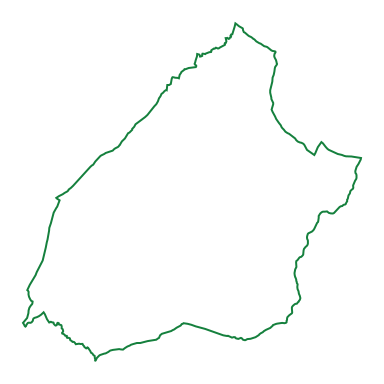 outline of Oicata, Boyacá, Colombia
{"feature_id": "7082276B7935915117339", "entity_name": "Oicata", "entity_type": "district", "adm_level": 2, "iso_a3": "COL", "parent_name": "Colombia", "parent_adm1": "Boyacá", "projection": "orthographic", "projection_center": [-73.281, 5.617], "detail": "fine", "context": "isolated", "style": "outline", "palette": "green", "viewbox_px": 384, "rotation_deg": 0, "n_neighbors": 0, "source": "geoboundaries", "source_scale": "gbopen_adm2", "svg_char_len": 5858}
<svg xmlns="http://www.w3.org/2000/svg" viewBox="0 0 384 384"><path d="M361.0,158.0L351.5,156.5L346.0,156.3L344.3,155.9L341.8,154.9L337.8,154.0L328.7,149.8L327.4,148.8L325.6,146.8L322.9,143.3L321.4,142.1L317.8,147.2L315.3,153.2L314.3,155.0L307.0,149.9L304.4,145.0L303.4,143.8L301.5,142.8L299.7,142.4L297.7,141.5L296.1,140.0L295.2,138.5L289.1,133.8L287.5,133.1L285.4,131.7L283.8,129.6L282.3,128.1L281.5,127.0L280.8,125.3L278.9,122.9L276.2,119.0L275.1,116.5L272.6,111.9L271.6,109.6L273.2,104.2L273.2,102.9L271.4,99.1L271.3,97.5L270.2,92.8L270.2,90.2L272.3,81.7L272.6,77.6L273.7,74.9L274.4,71.5L274.8,68.3L275.2,66.9L276.9,64.5L277.0,63.8L276.7,63.3L276.6,62.4L276.0,60.1L274.6,57.5L274.2,56.0L274.5,54.0L275.5,52.4L275.4,51.6L274.8,51.3L272.8,51.0L271.5,50.5L267.3,47.1L266.3,46.7L264.2,46.2L260.6,43.6L259.5,43.3L256.3,41.4L254.3,39.3L253.3,38.9L252.7,38.2L250.9,36.9L249.2,36.2L248.2,35.5L245.0,32.7L243.8,32.1L243.0,30.0L242.8,28.5L242.5,28.2L239.1,26.3L236.8,24.4L235.4,23.4L234.7,26.5L232.3,34.3L231.3,34.4L230.5,35.6L230.5,36.0L231.0,36.1L231.1,36.3L230.7,37.4L229.3,38.1L229.2,38.3L229.2,38.7L228.6,38.9L227.6,38.4L227.2,37.9L226.5,38.1L225.7,38.1L226.4,41.4L225.8,42.9L225.1,42.9L224.9,43.1L224.7,43.5L225.0,44.7L224.8,44.9L220.1,47.4L218.7,48.4L217.9,48.5L215.9,47.7L214.7,48.7L214.0,48.5L211.4,50.2L211.2,50.6L211.3,51.6L211.1,52.0L209.3,52.2L205.7,53.6L205.2,54.1L204.0,53.8L202.5,53.7L202.2,54.3L202.2,55.9L200.8,56.5L200.0,56.5L199.9,55.6L199.3,54.6L197.2,54.0L197.0,56.3L195.7,60.2L195.1,62.6L194.6,63.9L195.2,64.8L196.2,65.5L196.2,66.5L195.8,67.1L188.7,68.0L186.1,69.0L185.1,69.3L184.6,69.2L184.5,69.6L181.4,72.0L180.9,73.1L179.7,74.8L178.9,78.3L177.8,77.9L175.0,77.7L173.7,77.3L172.5,77.2L172.2,77.6L171.7,78.9L170.8,84.0L169.1,85.0L167.3,85.0L166.7,90.2L166.3,90.0L165.9,90.1L164.5,91.1L163.0,92.8L161.5,93.9L160.4,96.4L159.0,98.3L157.9,101.4L156.3,104.2L154.3,106.3L147.4,115.0L145.1,117.1L135.5,124.3L134.2,126.8L132.2,128.9L132.2,129.8L129.4,132.6L128.1,133.2L124.9,138.5L121.9,141.4L120.2,144.2L120.1,144.7L119.5,145.1L118.7,146.3L117.9,147.0L115.3,148.3L113.7,149.5L113.1,150.3L112.5,150.7L105.6,153.0L104.4,153.9L101.1,155.5L100.3,156.1L95.3,161.5L93.2,164.7L91.7,165.6L90.3,166.9L73.1,185.8L70.9,187.9L68.6,189.6L68.5,190.1L68.1,190.7L67.2,191.5L64.6,192.9L62.8,194.2L59.0,196.1L56.3,197.9L56.7,198.4L59.6,200.3L57.2,206.7L56.4,207.8L53.7,212.6L50.9,223.2L49.3,227.9L49.1,230.6L47.5,239.7L46.8,242.3L45.8,247.5L42.7,260.5L36.7,272.2L35.6,275.1L29.8,284.8L27.3,290.1L28.0,290.7L28.6,291.9L28.5,294.4L29.0,296.7L30.2,299.3L31.2,300.8L32.6,301.5L32.5,302.4L32.3,303.7L31.9,304.4L31.0,305.3L29.4,307.7L28.6,310.4L28.4,313.2L27.1,318.0L23.0,322.9L23.8,324.1L24.8,326.1L25.4,326.6L26.0,326.1L26.5,324.7L27.8,323.0L28.6,322.7L30.6,322.8L31.6,322.3L32.8,320.8L33.1,319.3L33.5,318.5L34.7,317.8L36.8,317.2L38.9,316.2L41.1,314.7L43.6,312.3L44.9,314.3L47.0,319.2L49.2,322.5L49.8,322.4L50.4,321.9L50.9,321.8L51.9,322.3L53.3,322.5L53.5,322.6L53.7,323.7L54.7,324.9L55.4,325.5L55.9,325.5L56.6,325.2L56.9,324.7L57.2,323.5L57.5,322.9L57.9,322.8L58.8,323.3L58.8,324.2L59.0,324.5L61.0,325.0L61.4,325.3L61.7,326.5L61.7,328.4L62.7,329.2L63.1,330.7L63.1,331.6L62.1,332.8L62.2,333.5L63.7,334.1L64.8,335.0L65.3,335.8L66.8,335.9L66.9,336.2L66.8,337.4L67.1,337.8L67.5,337.9L68.7,337.8L69.9,338.4L70.1,339.6L70.4,340.3L71.5,340.8L72.5,341.9L73.2,341.8L74.2,342.1L75.1,343.1L75.8,344.2L79.0,343.7L80.5,344.0L82.5,343.9L83.2,345.3L84.1,346.2L84.4,347.0L86.2,348.4L86.7,348.3L87.1,347.6L87.4,347.4L88.1,347.8L90.3,351.1L91.1,352.8L92.3,353.4L93.5,355.2L94.6,355.8L94.9,358.4L95.4,360.0L95.2,360.5L95.5,360.6L95.9,360.1L96.4,358.9L97.0,357.8L99.3,355.5L100.1,355.0L104.3,353.6L105.6,353.4L108.4,351.9L110.0,350.7L110.5,350.5L112.9,349.9L119.2,349.1L120.7,349.4L123.0,349.6L124.9,348.1L127.4,346.5L129.7,345.6L131.1,344.7L133.4,344.0L136.9,343.0L140.3,343.0L147.6,341.1L156.3,339.7L157.9,338.5L159.0,337.9L160.1,335.3L161.9,333.8L171.3,331.0L172.5,330.2L174.1,329.5L176.6,327.7L180.2,325.8L180.8,325.4L181.7,324.1L182.8,323.8L183.5,323.2L187.6,323.8L191.4,324.8L195.8,326.4L205.1,328.9L223.2,335.3L226.4,335.9L227.7,336.0L228.0,335.8L232.0,337.6L233.8,337.1L234.8,337.2L235.3,337.4L235.5,338.0L236.1,338.4L238.3,338.9L240.9,337.9L241.8,338.3L243.0,339.7L244.3,340.1L245.5,340.1L247.3,339.1L250.5,338.8L255.5,337.2L258.8,335.1L259.4,334.3L260.7,333.3L262.8,332.2L263.8,331.2L265.9,329.9L270.3,327.9L272.8,325.6L273.0,325.1L276.1,323.9L277.4,323.6L282.1,322.9L284.6,323.2L285.6,322.9L286.3,322.6L286.6,322.1L286.6,320.7L287.0,320.0L287.1,318.2L287.4,317.2L289.2,315.3L291.9,313.3L292.2,312.4L291.9,308.9L291.9,307.4L292.2,306.7L293.0,305.7L294.5,304.4L295.3,303.9L296.8,303.7L297.2,303.3L297.9,302.2L298.4,302.0L298.8,301.5L298.9,301.0L299.8,299.9L300.3,298.5L300.3,297.8L299.8,295.8L298.9,293.7L298.5,291.2L297.6,289.2L297.3,287.0L297.6,284.2L296.9,283.2L296.6,281.4L296.3,281.0L296.2,279.5L295.4,277.3L295.2,277.1L294.7,275.1L294.5,273.1L295.2,269.4L296.4,267.0L296.1,262.4L296.3,261.1L297.6,260.0L299.3,257.7L299.7,257.3L301.3,256.8L302.7,255.4L303.2,254.6L303.6,250.3L304.0,248.9L305.5,247.0L306.9,245.8L307.6,244.7L307.9,243.5L307.9,240.8L307.6,239.7L307.2,239.0L307.0,237.7L307.1,236.3L307.8,234.0L308.4,233.3L311.9,231.6L313.4,230.2L314.3,228.8L317.1,222.9L318.0,222.0L318.2,221.3L318.7,217.9L318.7,216.0L319.9,214.0L320.6,213.1L321.9,212.1L322.9,211.7L325.9,211.6L327.0,211.4L328.9,212.9L330.8,213.4L332.9,213.5L334.0,213.0L339.6,207.0L340.8,206.3L342.3,206.0L343.2,205.1L344.2,204.6L344.9,204.6L345.7,204.1L346.2,202.8L347.2,201.2L347.1,199.8L347.8,198.7L348.5,195.4L349.7,193.7L350.0,193.0L350.3,191.2L351.6,189.8L352.9,188.8L353.3,187.8L353.1,185.6L353.3,185.0L355.1,180.7L356.2,179.0L356.5,177.9L356.5,175.2L356.2,174.0L355.5,173.1L355.3,171.3L355.5,170.4L356.6,166.8L358.4,164.1L360.7,159.6L361.0,158.0Z" fill="none" stroke="#15803d" stroke-width="2"/></svg>